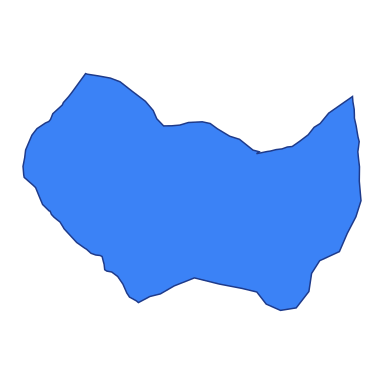 the district of Lac Léré, Mayo-Kebbi Ouest, Chad
{"feature_id": "50815135B81119267829848", "entity_name": "Lac Léré", "entity_type": "district", "adm_level": 2, "iso_a3": "TCD", "parent_name": "Chad", "parent_adm1": "Mayo-Kebbi Ouest", "projection": "albers", "projection_center": [14.353, 9.616], "detail": "fine", "context": "isolated", "style": "filled", "palette": "blue", "viewbox_px": 384, "rotation_deg": 0, "n_neighbors": 0, "source": "geoboundaries", "source_scale": "gbopen_adm2", "svg_char_len": 1664}
<svg xmlns="http://www.w3.org/2000/svg" viewBox="0 0 384 384"><path d="M352.5,96.5L328.7,113.1L321.9,121.4L320.2,123.5L314.1,127.3L308.2,134.8L299.5,141.4L292.2,146.5L287.3,147.0L282.0,148.9L276.1,149.6L270.2,151.1L267.2,151.5L256.5,153.7L259.1,151.7L253.0,150.1L239.5,139.3L229.7,136.2L217.4,128.8L210.2,123.5L202.3,121.8L188.4,122.5L179.7,125.1L171.5,125.8L163.6,125.9L156.8,118.8L153.2,110.5L145.4,101.3L131.7,90.9L120.1,81.8L110.4,78.1L98.4,75.9L87.4,74.2L85.5,73.6L85.3,74.0L82.8,77.4L75.1,88.0L71.9,92.4L68.5,96.8L64.3,101.5L63.4,102.5L62.7,104.1L62.2,105.1L52.8,113.7L51.3,117.5L50.5,119.5L48.8,121.5L45.4,123.0L37.0,128.6L33.4,133.2L31.9,135.2L25.6,150.0L24.7,157.6L23.4,164.3L23.0,166.4L23.3,169.8L23.7,174.8L24.2,177.4L33.1,185.2L35.6,187.6L39.5,197.1L42.6,204.5L48.0,209.8L49.1,210.9L50.1,211.2L51.0,213.4L51.4,214.4L53.9,217.1L56.8,219.5L60.0,222.0L63.6,227.9L64.0,228.7L67.4,232.4L76.7,242.5L79.7,244.6L82.9,246.9L84.5,248.0L84.8,248.2L86.6,249.3L91.0,253.3L92.1,253.7L95.7,255.0L100.1,255.5L102.1,256.5L103.3,261.3L104.1,264.3L104.7,269.7L106.8,271.1L111.7,272.0L117.7,276.5L122.9,284.1L126.9,293.2L127.4,293.9L129.5,297.1L136.4,300.9L138.4,302.6L149.9,296.5L160.4,293.9L174.2,285.9L194.4,277.9L219.0,284.0L241.9,288.4L256.8,292.0L266.2,304.1L280.5,310.4L296.2,307.9L308.9,291.5L311.6,273.4L319.7,260.7L339.4,251.6L347.3,233.3L355.9,216.8L361.0,200.7L359.3,181.2L359.5,166.8L358.6,159.4L358.2,155.6L358.0,153.3L357.8,151.9L358.5,147.1L358.7,145.4L359.2,141.6L358.6,139.3L358.0,136.9L357.1,131.7L356.2,126.1L354.4,118.1L354.4,115.0L354.3,112.3L354.2,109.5L354.0,108.2L352.9,101.7L352.5,96.5Z" fill="#3b82f6" stroke="#1e3a8a" stroke-width="1.5"/></svg>